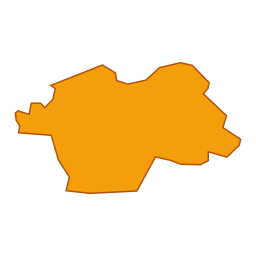 Yirol West, Lakes, South Sudan
{"feature_id": "79223893B91549387440575", "entity_name": "Yirol West", "entity_type": "district", "adm_level": 2, "iso_a3": "SSD", "parent_name": "South Sudan", "parent_adm1": "Lakes", "projection": "albers", "projection_center": [30.461, 6.386], "detail": "fine", "context": "isolated", "style": "filled", "palette": "amber", "viewbox_px": 256, "rotation_deg": 0, "n_neighbors": 0, "source": "geoboundaries", "source_scale": "gbopen_adm2", "svg_char_len": 593}
<svg xmlns="http://www.w3.org/2000/svg" viewBox="0 0 256 256"><path d="M155.4,157.0L170.3,160.3L180.9,164.3L200.4,164.7L208.3,160.7L208.3,151.8L226.9,157.1L239.3,145.1L240.6,139.3L222.9,127.7L226.5,115.7L203.4,93.9L207.8,88.5L209.2,82.8L192.3,65.4L180.4,62.7L159.6,67.6L145.9,80.1L127.8,84.1L116.7,80.6L115.4,73.0L102.5,65.0L50.8,85.4L55.2,88.6L53.0,99.2L44.6,107.7L40.6,103.2L31.3,103.2L29.1,114.4L18.0,110.8L15.4,113.0L16.2,120.4L19.8,125.9L18.5,132.8L51.3,135.3L58.4,160.0L69.4,177.0L66.1,190.7L89.9,193.3L136.8,191.0L155.4,157.0Z" fill="#f59e0b" stroke="#b45309" stroke-width="1.5"/></svg>